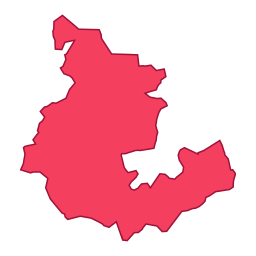 outline of Pankshin, Plateau, Nigeria
{"feature_id": "59680162B11957186029310", "entity_name": "Pankshin", "entity_type": "district", "adm_level": 2, "iso_a3": "NGA", "parent_name": "Nigeria", "parent_adm1": "Plateau", "projection": "albers", "projection_center": [9.454, 9.312], "detail": "fine", "context": "isolated", "style": "filled", "palette": "rose", "viewbox_px": 256, "rotation_deg": 0, "n_neighbors": 0, "source": "geoboundaries", "source_scale": "gbopen_adm2", "svg_char_len": 2278}
<svg xmlns="http://www.w3.org/2000/svg" viewBox="0 0 256 256"><path d="M62.4,15.4L54.0,21.5L53.8,29.0L52.9,31.2L53.1,33.4L53.3,36.2L55.4,41.3L55.0,41.9L55.3,49.1L61.8,49.6L64.9,42.3L74.7,40.2L74.7,40.3L66.5,54.0L64.8,54.8L65.9,59.5L63.0,66.4L60.4,68.0L63.9,73.7L69.6,75.8L72.0,77.8L75.1,82.8L73.0,85.4L69.5,89.6L66.2,97.6L66.1,98.2L56.1,103.2L52.5,102.7L47.3,106.4L44.3,107.1L40.3,111.5L44.7,117.1L42.5,120.8L39.5,123.3L37.5,130.8L38.7,132.3L33.0,139.8L35.6,144.0L31.7,144.9L27.6,145.7L26.1,146.2L25.1,146.3L23.5,147.6L25.0,154.2L23.3,163.9L20.7,169.8L30.6,172.9L33.3,172.0L40.0,172.0L47.8,178.4L47.8,178.6L45.7,187.8L50.3,198.9L61.9,212.9L64.0,213.9L64.6,214.0L65.2,217.0L67.7,219.4L80.3,216.2L91.0,218.1L98.4,221.7L102.7,224.1L103.7,225.5L109.0,227.3L116.3,221.8L122.0,238.0L122.1,237.6L122.9,240.1L127.2,240.6L134.2,232.7L138.3,232.5L142.4,229.1L142.6,228.2L146.0,224.0L157.0,226.0L162.2,231.6L166.7,231.3L181.8,211.4L187.5,210.6L192.0,208.7L195.8,208.1L199.2,206.5L202.8,203.6L205.1,201.0L205.8,197.5L209.1,196.0L215.6,191.7L229.5,189.5L233.2,187.0L233.4,181.8L233.7,180.0L235.3,174.6L235.2,173.4L234.3,171.9L232.6,169.7L230.7,170.0L228.2,158.9L224.8,154.9L224.7,153.1L223.9,151.3L222.2,145.5L219.8,140.5L202.9,151.1L203.4,150.7L198.0,152.8L198.0,154.1L184.5,147.7L180.5,149.8L179.5,151.3L178.2,155.1L179.3,160.2L183.6,167.2L182.8,172.2L176.6,177.2L174.7,179.2L168.8,178.1L168.0,176.7L165.0,174.3L159.9,173.8L150.4,187.8L147.3,183.3L141.4,184.0L137.8,188.3L134.1,190.1L131.3,189.1L129.1,185.3L131.3,181.9L136.0,177.4L138.0,173.9L136.0,170.6L128.1,172.6L126.2,170.4L124.2,167.5L121.2,155.2L121.6,153.9L122.4,153.6L122.5,153.6L124.8,153.8L135.4,150.5L137.6,150.3L140.1,150.5L153.9,148.3L155.2,143.1L155.7,141.8L156.2,140.0L156.6,136.2L157.7,132.4L156.7,129.2L155.7,125.1L156.2,123.5L156.5,120.7L157.0,118.2L157.7,116.1L158.9,112.4L160.9,108.9L167.2,105.7L166.0,102.7L165.5,102.2L161.0,98.2L157.0,98.5L149.9,97.1L145.0,93.3L149.4,91.8L156.3,89.8L157.5,86.5L158.7,84.6L160.8,82.7L160.9,80.1L165.9,76.6L164.2,69.0L156.3,70.5L151.0,65.2L145.0,66.1L143.5,65.8L138.9,66.0L137.6,54.8L134.0,54.7L128.8,54.5L111.6,54.0L102.8,40.5L101.9,39.1L101.3,37.4L101.2,34.8L100.2,32.2L100.0,31.6L99.2,29.7L78.7,29.2L74.1,25.2L62.4,15.4Z" fill="#f43f5e" stroke="#9f1239" stroke-width="1.5"/></svg>